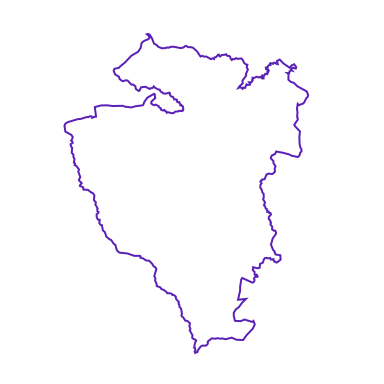 Albania, La Guajira, Colombia (orthographic projection), rotated 176°
{"feature_id": "7082276B89391660501858", "entity_name": "Albania", "entity_type": "district", "adm_level": 2, "iso_a3": "COL", "parent_name": "Colombia", "parent_adm1": "La Guajira", "projection": "orthographic", "projection_center": [-72.544, 11.245], "detail": "fine", "context": "isolated", "style": "outline", "palette": "violet", "viewbox_px": 384, "rotation_deg": 176, "n_neighbors": 0, "source": "geoboundaries", "source_scale": "gbopen_adm2", "svg_char_len": 6039}
<svg xmlns="http://www.w3.org/2000/svg" viewBox="0 0 384 384"><g transform="rotate(176 192 192)"><path d="M261.7,318.5L260.5,314.7L256.7,311.9L256.5,310.0L254.2,307.8L252.8,307.3L250.6,308.1L248.5,307.7L244.9,303.3L243.3,303.3L241.2,301.6L240.8,298.6L238.1,296.5L237.4,296.7L235.5,300.0L231.2,300.2L226.8,297.7L225.9,298.4L223.9,298.6L222.8,300.0L221.9,298.8L218.9,296.8L217.0,296.3L216.4,294.4L215.0,293.7L214.3,292.7L211.9,291.9L207.6,292.7L207.1,292.0L207.4,290.9L206.2,288.8L204.3,288.2L203.3,285.5L202.2,285.7L200.6,285.1L200.8,283.4L200.0,282.6L198.4,282.6L198.4,281.6L197.6,280.7L197.6,279.4L196.6,279.5L196.2,278.6L195.4,278.5L194.8,275.7L195.5,275.0L195.2,274.0L196.6,273.4L199.0,273.9L200.4,273.3L203.0,273.4L204.8,272.1L206.8,272.0L210.1,273.2L211.5,272.8L211.9,274.1L212.9,274.2L213.9,275.8L215.4,275.3L217.3,276.4L217.4,277.9L218.8,278.6L219.3,280.0L222.2,281.7L223.5,281.2L224.8,281.7L226.5,283.1L226.2,285.0L222.2,288.2L222.4,292.1L223.0,292.6L230.0,289.2L233.3,285.1L234.6,282.3L235.4,281.9L242.4,281.5L246.5,280.6L253.0,281.8L254.9,282.8L265.1,283.3L270.6,284.4L276.6,284.7L283.0,283.5L282.5,273.9L284.3,273.8L286.4,272.9L286.9,274.4L288.5,274.7L290.2,273.9L292.0,274.1L297.7,272.7L301.1,272.6L311.2,270.3L313.5,269.1L314.6,267.0L314.1,261.0L308.4,257.4L307.1,255.1L308.1,252.7L309.0,251.8L307.6,250.1L307.8,249.1L309.8,248.1L309.5,246.0L308.5,244.5L309.2,239.4L307.8,237.8L307.8,235.0L306.9,233.2L307.8,229.7L306.6,228.5L307.2,227.0L305.4,225.9L303.2,222.4L304.0,220.3L302.4,214.5L303.7,212.7L303.9,211.4L301.4,208.5L303.1,206.8L303.4,205.8L300.7,204.6L300.1,203.7L300.3,202.4L300.0,201.9L295.6,201.4L292.9,198.8L291.1,197.9L289.6,195.5L290.4,190.8L288.6,188.2L289.3,186.3L287.3,182.3L287.7,181.9L287.7,179.4L286.6,178.5L287.1,177.5L288.7,176.5L288.8,173.2L287.7,171.0L286.0,170.7L286.7,167.6L285.5,165.6L284.2,165.2L283.6,160.0L281.7,158.0L280.6,153.5L277.6,150.6L276.0,149.8L273.8,146.0L272.1,144.5L271.3,140.0L270.2,137.9L268.3,136.5L260.7,135.2L254.0,132.3L248.3,131.9L247.8,131.4L248.1,130.1L245.3,129.1L242.8,127.0L239.5,126.4L236.7,123.1L235.4,120.4L234.1,119.8L232.9,117.8L235.5,110.7L234.5,108.2L235.0,106.2L233.7,102.7L233.7,100.6L230.3,99.1L229.4,97.4L227.0,96.3L224.3,93.9L223.7,92.7L221.4,92.6L219.3,91.8L218.8,90.7L217.1,90.4L215.5,88.8L215.5,86.7L212.8,83.1L213.2,81.4L212.5,80.3L212.6,78.5L211.0,76.3L210.5,71.0L211.1,69.9L210.9,68.7L209.5,67.5L207.6,64.1L205.8,63.8L203.2,61.2L204.0,58.4L203.1,55.5L204.0,54.3L201.5,49.0L202.0,46.5L200.7,45.2L198.9,44.5L198.2,43.5L199.2,41.9L200.3,38.7L200.2,37.0L200.7,36.5L199.8,35.8L199.7,33.5L200.5,32.6L200.0,31.2L197.6,32.1L197.1,33.7L194.2,37.2L192.5,38.0L188.9,37.8L187.5,38.7L186.8,39.6L186.7,41.7L182.6,44.6L178.6,44.0L176.9,44.4L173.5,43.6L171.8,43.8L168.9,42.8L162.5,43.9L157.9,41.5L151.3,40.8L147.5,45.4L140.7,51.6L138.6,55.6L139.7,59.1L141.0,58.2L148.5,61.1L152.3,59.8L157.6,60.3L158.2,60.8L159.0,65.8L158.7,68.7L156.5,71.8L153.3,73.9L149.6,78.2L145.6,81.6L153.6,81.3L150.9,90.2L150.6,94.2L148.9,101.5L147.9,102.7L137.9,97.3L136.2,98.4L135.8,99.7L136.2,101.4L134.5,103.4L132.8,102.7L132.4,103.2L133.3,105.1L134.6,104.8L135.3,105.3L135.2,108.0L136.9,110.0L136.2,111.5L136.3,112.7L131.8,111.3L129.8,111.7L129.2,115.5L126.2,116.6L125.0,119.8L123.9,121.0L123.2,120.8L122.4,121.2L120.9,120.5L118.6,120.7L118.1,119.1L115.5,119.3L115.7,118.5L114.7,117.6L114.8,116.9L112.3,115.7L108.3,118.4L108.3,122.7L113.0,123.9L113.8,125.9L113.6,126.8L115.1,128.5L116.9,133.9L114.8,139.9L111.3,144.2L111.0,145.6L111.6,147.6L113.1,147.7L114.7,149.1L114.4,151.9L116.0,154.1L115.3,156.0L116.0,156.7L115.9,158.1L117.3,159.8L117.0,161.9L114.7,164.1L115.3,165.6L116.6,165.8L116.9,167.0L118.3,166.9L118.0,168.1L118.7,168.8L118.6,169.8L119.7,170.5L120.1,172.7L121.1,173.7L119.9,176.5L121.6,179.9L120.8,181.4L120.7,185.1L121.9,186.8L122.1,188.8L123.6,191.6L123.2,194.4L122.0,195.8L123.1,197.5L122.4,198.6L121.4,198.7L121.1,199.6L118.7,199.7L116.4,204.3L114.0,205.0L110.9,204.3L109.4,205.0L107.8,206.7L107.9,209.5L106.9,211.8L108.7,215.1L108.7,217.3L110.9,219.9L110.9,220.8L109.9,222.8L106.4,224.2L105.2,226.5L98.9,224.9L92.9,222.9L89.9,221.2L84.0,219.5L82.3,220.8L81.3,223.6L79.9,224.9L79.9,227.1L80.7,228.6L81.3,232.1L81.1,239.1L80.1,244.9L84.7,250.5L85.3,251.9L81.5,256.8L81.4,258.5L81.9,259.4L81.2,264.3L81.5,267.7L80.4,272.5L79.3,271.2L75.1,272.5L74.0,273.3L71.3,277.8L70.0,278.8L69.4,280.6L70.5,284.3L79.5,290.1L82.7,293.7L86.0,295.1L88.0,297.3L87.5,303.0L88.6,304.0L86.7,303.8L86.3,305.6L84.4,306.4L83.6,306.1L84.6,307.6L84.0,308.3L82.7,308.9L79.9,307.9L79.3,309.3L81.2,312.3L83.5,311.5L86.0,309.2L92.0,314.0L95.3,318.0L98.1,316.8L97.5,313.6L99.5,314.3L100.4,315.3L101.9,315.0L102.3,314.2L104.8,315.1L105.3,314.6L105.0,313.1L106.8,313.0L108.0,311.2L109.7,311.0L109.6,309.6L108.0,309.7L108.3,307.4L107.3,308.3L106.9,307.9L108.7,304.3L110.6,304.8L112.1,302.7L113.6,303.5L114.0,303.2L114.1,302.0L112.6,301.1L112.7,300.3L114.1,300.4L115.9,302.1L117.4,301.6L119.5,302.5L122.3,301.4L123.7,301.7L123.6,299.9L124.2,299.5L123.8,299.0L125.0,297.4L127.4,297.5L126.4,296.0L126.7,295.0L129.1,294.9L130.1,295.6L131.8,292.1L133.7,292.6L134.3,291.4L136.6,293.3L138.4,292.6L137.7,293.7L133.8,296.9L133.9,299.6L129.8,304.4L130.0,305.9L127.7,310.1L128.7,312.6L127.9,315.1L129.1,315.4L131.1,317.2L131.8,319.6L133.3,321.8L137.2,321.6L138.7,322.5L140.2,321.6L142.1,321.8L143.1,320.9L144.3,322.8L144.4,324.1L145.2,325.0L147.3,325.4L148.5,327.1L149.3,326.6L152.7,326.6L154.5,325.2L155.2,325.7L155.6,327.2L156.3,327.2L158.5,325.0L160.2,324.7L160.7,323.1L162.3,323.9L163.8,323.2L168.2,326.1L170.5,326.2L172.2,327.1L174.1,326.6L177.2,332.0L180.9,335.8L183.6,336.7L185.6,336.7L187.5,338.1L189.1,337.8L190.3,336.8L193.2,336.3L200.2,338.2L203.4,338.3L205.1,337.5L207.0,338.0L208.2,337.4L212.2,337.5L215.8,339.4L216.6,340.7L219.6,342.8L221.2,348.1L223.3,352.0L224.9,352.8L226.0,352.5L224.2,350.8L223.7,348.7L225.0,347.5L229.1,346.1L231.2,344.8L232.0,343.8L233.2,339.3L235.9,335.7L243.1,332.1L249.9,325.8L254.9,322.3L256.2,321.0L260.7,320.3L261.7,318.5Z" fill="none" stroke="#5b21b6" stroke-width="2"/></g></svg>